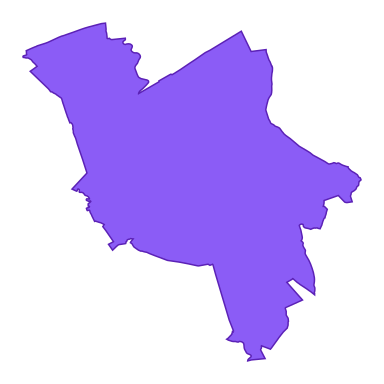 Vladeni, Iasi, Romania
{"feature_id": "2599482B51425193153488", "entity_name": "Vladeni", "entity_type": "district", "adm_level": 2, "iso_a3": "ROU", "parent_name": "Romania", "parent_adm1": "Iasi", "projection": "equal_earth", "projection_center": [27.345, 47.424], "detail": "fine", "context": "isolated", "style": "filled", "palette": "violet", "viewbox_px": 384, "rotation_deg": 0, "n_neighbors": 0, "source": "geoboundaries", "source_scale": "gbopen_adm2", "svg_char_len": 5847}
<svg xmlns="http://www.w3.org/2000/svg" viewBox="0 0 384 384"><path d="M265.1,358.6L260.6,349.9L260.7,349.3L261.4,348.1L261.5,347.2L261.4,346.7L261.5,345.8L268.7,348.5L270.4,349.2L271.5,347.9L277.6,339.5L278.9,337.6L283.3,332.0L287.3,328.0L287.5,326.9L288.0,325.5L288.1,324.2L288.1,322.0L288.5,321.2L288.4,320.9L288.2,318.8L288.0,318.0L286.9,316.3L286.2,315.0L286.2,311.3L285.3,308.5L285.4,307.8L285.6,307.6L302.5,300.0L286.8,282.3L291.4,279.7L292.4,279.1L292.6,278.6L292.9,278.6L297.3,282.5L298.7,283.4L299.9,284.4L306.6,288.8L309.1,290.6L310.5,291.5L314.6,294.8L314.6,293.3L314.3,292.4L314.5,291.8L314.7,291.4L314.8,290.7L314.9,288.9L314.8,287.7L313.9,285.4L313.9,284.8L314.4,281.7L314.4,280.6L314.5,280.1L314.4,277.8L313.4,272.6L312.1,268.3L310.5,263.9L308.8,260.2L305.7,254.9L305.2,253.7L305.1,253.1L305.4,250.7L305.4,250.2L303.5,247.0L302.8,245.1L303.2,243.4L303.1,242.8L302.6,242.1L301.1,240.8L301.2,240.6L301.6,240.2L301.9,239.6L302.2,238.5L302.3,237.5L302.0,235.6L300.8,230.0L299.6,226.6L299.3,225.3L299.4,225.2L300.1,224.6L300.9,224.2L301.3,224.1L302.8,224.3L303.1,224.5L303.4,226.3L304.2,227.3L305.2,227.9L308.4,228.5L310.8,229.3L311.8,228.8L313.4,228.2L314.3,228.0L315.5,228.1L316.7,227.9L317.3,227.9L317.9,228.3L320.1,228.8L321.3,226.1L321.7,225.4L322.8,221.5L323.9,218.7L324.6,217.8L325.0,217.8L325.1,216.8L326.1,213.9L326.4,212.1L327.3,209.3L324.6,206.6L324.2,206.4L323.3,206.4L324.0,203.4L324.1,200.5L338.3,195.5L344.6,202.0L344.9,202.2L346.0,202.5L347.0,202.6L352.2,201.8L352.1,201.4L351.2,198.7L350.5,196.4L350.5,195.9L351.1,194.1L351.2,192.9L351.4,192.6L351.8,192.1L354.3,190.6L355.9,189.2L357.0,186.6L358.1,185.8L358.5,185.4L358.7,184.9L358.7,183.9L359.1,181.5L360.7,180.3L361.0,179.9L360.9,179.3L360.1,177.7L359.1,177.4L358.6,177.0L358.2,176.2L357.4,174.8L354.2,172.6L353.0,172.0L351.2,170.9L348.7,168.5L348.3,167.8L348.1,167.4L348.1,166.8L346.5,166.5L342.7,165.2L340.7,164.2L339.5,163.4L338.4,163.0L338.0,163.0L336.6,163.5L335.8,163.4L335.0,162.9L333.8,162.7L332.1,163.4L329.5,164.0L328.5,163.9L326.9,162.9L324.8,161.5L313.1,155.2L310.0,152.7L307.3,151.0L299.3,146.3L290.2,138.6L285.7,135.4L283.7,133.6L283.1,132.7L282.1,131.6L280.7,129.6L279.7,128.3L278.9,127.7L277.5,127.0L275.5,126.3L274.7,125.8L273.7,124.8L271.1,123.5L270.7,123.1L269.7,120.8L268.7,119.2L266.0,110.7L265.8,109.6L266.7,105.2L268.1,99.8L269.2,97.5L271.1,94.7L271.3,94.2L271.6,92.7L271.8,90.3L271.7,86.0L272.0,84.1L271.5,80.1L271.5,77.8L271.9,73.6L272.4,71.1L272.5,68.5L272.4,67.3L272.0,66.2L271.8,66.3L270.1,61.9L269.1,60.2L268.2,57.8L267.6,55.9L266.2,52.0L266.1,49.6L251.1,51.5L241.3,31.2L209.9,50.3L205.3,52.6L194.5,60.1L190.2,62.9L180.5,69.5L173.8,73.7L172.0,74.7L171.1,74.2L170.8,74.2L169.3,75.0L158.9,80.9L159.0,81.8L138.6,93.6L138.6,93.2L139.3,91.8L139.9,91.0L142.9,88.5L146.1,85.3L148.3,82.8L148.6,82.2L148.6,81.6L148.5,81.1L148.2,80.7L147.6,80.3L147.0,80.0L141.0,78.6L138.7,77.3L138.1,76.4L137.2,74.5L134.9,68.3L134.9,67.3L135.4,66.0L136.3,64.7L137.4,63.4L138.8,59.9L140.2,57.7L140.4,56.6L140.2,55.7L139.6,54.6L138.8,53.8L137.8,53.2L136.8,52.9L135.0,52.9L133.7,52.7L132.7,52.1L131.7,51.3L131.2,50.4L131.1,49.7L131.5,48.7L132.1,47.3L132.3,46.4L132.2,45.7L131.8,45.1L130.9,44.4L130.1,44.0L128.5,43.8L126.6,44.0L125.2,44.5L123.8,44.0L123.1,43.2L122.9,42.3L123.0,41.8L124.0,40.7L125.0,40.1L125.4,39.2L125.3,38.2L111.8,39.6L110.8,39.4L110.4,39.2L109.4,38.3L108.3,38.6L107.4,38.6L107.2,38.5L107.1,38.2L107.0,36.5L106.6,33.1L106.0,31.2L106.0,29.9L106.1,29.3L105.5,23.1L101.4,23.6L88.9,26.9L84.8,28.1L80.4,29.6L73.3,32.2L62.9,35.8L61.7,36.1L58.7,37.3L48.0,42.3L45.6,43.2L37.1,45.9L36.2,46.5L35.4,46.7L31.6,48.3L26.2,50.7L26.2,51.0L26.5,51.6L26.4,53.2L26.7,54.4L26.6,54.8L25.6,55.2L23.4,55.9L23.0,56.3L23.2,57.4L25.1,57.7L26.0,58.0L28.1,58.0L29.3,58.6L31.4,59.9L32.8,61.9L34.9,63.8L37.1,66.3L33.9,68.7L30.2,71.3L48.3,88.7L49.4,90.0L50.6,91.7L52.4,92.1L52.7,92.3L53.3,92.9L55.7,94.0L56.6,94.8L61.4,98.2L61.8,99.2L63.1,103.7L63.2,103.8L66.0,112.4L67.3,116.1L67.4,116.7L68.2,118.3L68.5,119.4L69.9,122.9L70.7,122.6L71.2,122.9L72.3,124.2L72.7,125.2L73.0,127.6L72.8,128.6L72.9,129.4L73.3,130.9L73.3,132.8L74.9,136.8L75.2,137.1L76.0,139.4L77.3,143.9L82.6,159.4L86.9,172.8L86.9,173.1L72.0,189.1L76.6,191.2L76.8,191.2L77.1,190.8L77.4,189.8L77.8,189.1L78.3,189.0L79.1,189.4L79.3,189.7L79.4,190.2L79.2,191.3L79.4,192.2L80.0,192.4L81.3,192.3L82.7,192.6L83.9,193.7L84.7,194.9L85.3,195.4L87.2,196.0L88.3,196.8L89.4,198.4L89.4,199.0L89.0,199.1L87.2,198.8L86.6,198.9L86.3,199.5L86.3,200.0L86.6,200.4L88.6,201.3L89.3,201.2L90.2,200.9L90.5,201.0L90.8,201.4L90.5,201.9L88.4,203.6L88.1,204.0L88.2,205.2L88.2,206.0L89.2,206.3L89.4,206.5L89.4,206.8L89.0,207.3L88.5,207.5L86.5,208.2L86.4,208.5L87.1,210.4L87.3,210.6L87.6,210.6L89.1,210.2L89.6,210.4L89.9,211.2L90.0,211.9L90.3,212.7L91.5,214.8L91.9,215.9L94.6,221.4L95.3,221.1L99.7,222.5L100.3,222.6L101.3,223.0L104.2,224.5L102.8,226.6L105.7,230.4L113.5,241.7L108.5,244.3L112.6,250.2L116.4,246.5L117.9,245.2L118.5,244.8L119.1,244.6L125.0,243.7L125.7,243.5L126.2,241.6L126.7,241.3L127.2,240.0L127.5,239.7L128.8,239.2L129.4,239.2L129.8,239.1L130.4,238.8L130.5,238.6L133.1,238.9L130.8,241.8L130.4,242.7L131.4,243.3L132.1,243.9L133.4,246.2L134.2,247.2L138.4,250.1L140.7,251.1L142.0,251.1L144.2,251.8L146.8,252.3L149.6,253.6L155.2,255.8L167.5,260.4L179.3,262.1L188.6,263.9L197.4,265.8L198.7,265.9L208.0,264.2L209.9,265.3L212.6,264.3L213.0,264.9L215.7,274.7L229.2,320.0L233.5,330.9L232.5,331.4L233.0,332.2L232.0,333.0L231.8,334.3L227.8,338.5L226.7,339.2L228.3,340.1L232.0,341.3L233.1,341.5L235.4,341.5L236.9,341.9L238.1,342.1L239.3,341.5L240.2,341.5L241.4,341.7L242.3,342.2L243.5,343.1L243.9,344.5L244.2,347.9L244.6,349.3L246.5,352.8L247.4,353.6L250.1,354.7L250.7,355.1L251.1,355.6L251.2,356.0L251.0,356.8L249.8,357.9L248.5,359.0L247.8,360.1L247.7,360.9L251.5,359.9L265.1,358.6Z" fill="#8b5cf6" stroke="#5b21b6" stroke-width="1.5"/></svg>